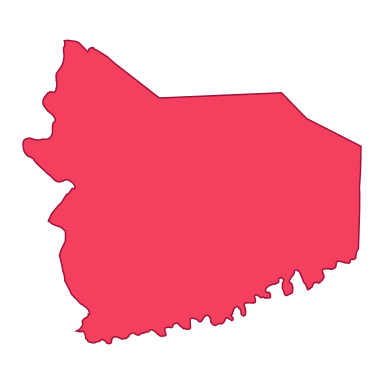 outline of Tataltepec de Valdés, Oaxaca, Mexico
{"feature_id": "50627088B54996200211421", "entity_name": "Tataltepec de Valdés", "entity_type": "district", "adm_level": 2, "iso_a3": "MEX", "parent_name": "Mexico", "parent_adm1": "Oaxaca", "projection": "robinson", "projection_center": [-97.541, 16.313], "detail": "fine", "context": "isolated", "style": "filled", "palette": "rose", "viewbox_px": 384, "rotation_deg": 0, "n_neighbors": 0, "source": "geoboundaries", "source_scale": "gbopen_adm2", "svg_char_len": 5884}
<svg xmlns="http://www.w3.org/2000/svg" viewBox="0 0 384 384"><path d="M355.9,257.4L355.8,256.0L356.5,251.9L358.4,248.8L359.6,209.4L359.7,193.0L359.4,188.3L360.5,171.0L361.0,146.3L306.5,118.5L281.5,92.8L159.3,98.0L115.2,63.7L110.7,59.9L107.2,56.7L98.3,51.1L95.1,49.4L94.4,49.3L93.4,47.7L92.0,47.7L90.3,48.1L89.1,48.9L88.5,50.7L87.7,51.8L78.8,42.6L76.0,41.4L68.1,40.4L67.2,40.3L64.3,40.8L64.7,42.3L64.8,43.5L64.7,45.5L64.4,46.8L63.8,47.1L63.6,48.3L63.6,49.1L63.5,49.7L63.5,50.4L64.1,54.9L64.0,57.2L63.3,61.6L62.8,62.8L62.4,64.3L61.3,66.7L56.6,73.3L56.3,74.0L56.4,74.7L56.0,75.4L56.3,79.3L56.2,80.6L56.8,82.5L56.9,84.6L56.7,87.1L56.4,87.4L56.4,87.8L56.0,88.7L56.2,90.0L55.7,90.4L55.2,91.5L54.2,92.2L53.1,92.4L52.1,91.9L50.9,91.8L49.6,91.9L49.4,92.3L48.6,92.9L47.8,93.0L47.4,93.8L46.9,94.2L44.2,97.5L43.3,99.6L42.9,101.9L43.0,103.7L43.8,105.6L45.5,108.1L48.2,111.4L52.0,114.2L53.4,115.8L54.9,118.3L55.2,119.4L55.2,121.0L53.1,123.1L52.8,124.9L52.4,125.8L52.6,126.8L52.4,127.7L52.6,131.2L52.2,133.8L50.8,136.9L49.0,138.4L47.6,139.1L45.9,139.3L42.9,139.1L38.7,140.1L35.7,139.9L34.4,139.4L32.1,138.8L30.7,138.3L29.1,138.1L25.8,139.0L24.7,139.6L23.9,140.6L23.3,141.8L23.0,144.3L23.3,147.6L23.8,150.1L24.6,152.2L25.8,154.0L28.1,156.3L30.1,156.9L32.8,158.5L33.7,159.3L34.6,160.9L36.8,163.5L40.5,167.1L44.8,170.9L46.6,172.9L50.7,176.1L53.8,179.3L56.0,181.1L58.9,182.0L62.8,181.2L65.6,179.8L67.4,179.7L69.6,180.7L71.2,181.9L72.9,183.0L74.2,184.8L75.0,186.6L74.9,187.7L74.4,188.8L73.2,188.6L72.6,188.3L71.7,188.9L70.9,190.7L69.9,191.7L69.1,193.1L67.5,194.2L66.6,194.4L63.6,199.1L63.2,200.0L60.4,204.0L59.7,204.2L57.4,206.7L51.6,213.8L48.3,220.9L49.4,221.8L53.1,224.4L61.2,227.4L65.3,231.1L65.5,235.7L65.4,240.9L60.9,250.5L59.5,255.3L61.7,264.3L62.7,270.2L64.4,275.8L64.8,280.8L66.8,284.4L71.7,294.4L75.1,298.1L76.9,299.2L77.1,299.8L77.8,300.7L80.0,303.1L80.9,303.9L81.5,304.3L82.3,304.4L83.0,305.2L86.8,308.0L88.3,309.8L89.1,311.4L89.5,312.7L89.2,314.2L88.9,314.4L88.3,314.1L88.3,315.5L88.1,315.9L86.9,317.2L84.4,318.6L82.5,320.5L82.2,321.9L82.8,323.9L82.8,324.7L81.7,326.6L80.1,328.8L79.2,329.6L76.5,331.0L79.3,331.7L81.0,331.8L82.0,331.3L83.0,331.4L84.0,331.8L85.3,334.9L85.8,338.5L86.7,339.1L88.0,341.3L89.6,342.1L92.1,342.8L94.9,342.8L96.7,341.8L98.7,341.6L100.0,340.9L101.7,339.4L102.4,339.4L103.6,340.3L105.6,341.1L106.5,342.9L108.0,343.5L109.8,343.7L111.4,342.6L111.6,340.4L112.1,338.5L112.7,337.8L113.4,337.4L115.5,336.6L119.7,338.0L120.6,338.7L121.9,339.0L124.1,338.6L126.1,338.5L128.8,336.2L129.3,335.0L130.3,334.0L131.9,333.3L133.4,332.7L135.4,334.2L137.1,335.0L139.3,335.0L141.0,333.4L142.2,333.4L144.0,333.0L145.9,332.2L148.2,331.8L149.1,331.2L150.2,329.8L152.3,329.9L153.9,330.8L155.3,331.7L157.9,334.4L160.2,336.0L161.2,336.2L163.0,336.0L164.2,336.0L165.2,335.7L166.0,335.1L165.8,333.3L165.1,331.7L164.9,330.4L164.8,329.3L164.9,328.1L167.4,327.4L168.8,327.2L171.0,327.7L172.5,326.9L173.2,324.8L174.5,323.6L175.8,323.1L177.3,323.2L178.4,324.0L179.2,325.1L180.1,326.0L180.7,326.3L183.5,328.7L185.1,328.6L186.7,329.3L188.6,329.2L190.4,328.4L190.5,327.3L190.4,323.6L190.1,322.1L190.1,320.0L190.6,318.9L191.6,318.2L193.3,318.2L194.7,318.8L196.4,319.2L197.6,320.0L198.5,321.3L199.8,321.7L201.1,321.6L202.9,319.1L203.5,317.7L204.6,316.6L206.0,315.6L207.4,315.4L208.7,316.0L209.6,316.8L210.0,318.1L210.5,318.9L210.8,321.8L212.2,323.9L214.0,325.3L215.2,325.5L216.1,325.2L217.4,324.2L218.5,323.8L219.6,323.7L221.5,323.9L223.1,323.0L224.0,322.0L226.2,317.5L229.6,319.1L230.8,320.1L231.7,320.4L232.7,320.1L233.0,319.2L233.0,317.8L232.7,317.3L231.3,316.2L231.0,315.0L231.7,314.3L232.5,314.1L232.6,312.2L233.1,311.7L233.4,309.8L234.4,308.3L235.6,307.2L237.1,306.4L238.3,307.2L238.9,308.2L239.7,308.7L240.5,310.2L241.2,311.8L241.0,313.4L241.6,314.7L242.4,315.4L243.5,316.0L244.7,315.4L245.3,314.9L245.6,313.0L245.6,310.5L245.1,307.9L244.1,305.0L244.2,304.3L245.1,303.1L245.8,303.0L248.0,302.8L249.8,302.8L253.5,303.1L255.3,302.3L255.4,299.2L254.5,297.0L254.6,296.0L255.2,295.2L255.9,294.9L257.0,295.0L257.7,295.6L258.7,295.9L259.9,297.1L261.0,297.6L262.1,297.3L263.4,297.3L265.0,298.1L269.6,297.8L270.3,297.5L270.5,296.1L270.5,295.2L270.2,294.0L269.7,293.5L269.6,292.6L268.9,292.2L268.0,292.3L267.5,292.7L266.7,292.4L265.8,291.3L265.4,290.4L265.8,289.4L266.0,288.4L267.2,287.1L269.5,285.5L272.0,284.7L272.8,284.2L273.6,284.0L274.6,284.3L275.4,283.9L276.2,283.8L276.9,283.0L278.0,282.7L278.5,282.3L278.9,281.3L278.6,280.7L278.6,279.6L278.8,278.8L279.6,278.2L281.5,277.6L282.1,278.0L282.4,278.7L283.3,278.9L283.8,279.4L283.9,280.2L282.6,283.0L282.3,285.5L282.6,286.4L282.3,287.7L282.5,288.5L284.1,292.4L284.6,294.5L285.2,294.9L285.8,295.5L287.2,295.4L292.3,292.8L292.3,291.8L292.7,290.9L292.6,289.9L292.8,287.7L292.3,285.5L291.7,284.7L291.7,283.8L291.3,283.1L290.1,283.0L289.4,282.4L289.5,280.9L289.8,279.9L290.4,278.9L290.8,277.8L293.4,274.7L293.8,273.9L294.2,272.8L294.6,270.8L295.0,270.2L295.6,269.9L297.1,270.1L297.8,271.0L298.9,271.1L299.5,271.7L300.1,273.6L300.7,274.4L301.6,276.6L301.7,277.4L302.3,277.9L302.8,280.0L303.8,282.3L304.6,283.5L305.3,283.9L306.2,285.4L306.4,286.6L307.0,287.6L307.3,289.1L307.9,289.7L308.8,289.5L310.4,288.4L311.0,287.6L311.6,287.4L312.4,286.4L312.7,284.8L313.4,283.8L313.8,283.0L314.2,282.8L315.0,282.8L316.0,282.2L317.5,282.8L318.7,283.1L319.8,282.7L319.8,281.9L321.1,281.2L322.3,280.0L323.9,277.7L324.0,276.3L323.6,275.2L323.4,273.7L322.9,273.2L322.6,272.5L322.4,271.3L322.4,270.2L323.2,269.1L324.9,269.0L326.2,268.6L327.6,268.8L328.2,268.6L329.0,268.7L329.5,269.2L331.2,269.3L332.9,269.0L333.9,268.5L335.2,267.5L335.8,266.8L335.8,266.2L336.1,265.0L336.1,263.6L336.5,262.7L336.9,261.8L338.2,261.1L339.4,261.2L341.5,261.8L342.4,261.9L345.1,262.9L346.1,262.6L346.8,262.9L348.6,263.2L349.4,263.0L349.9,262.4L350.2,261.0L350.6,259.9L351.4,259.3L352.2,259.2L353.5,259.5L354.2,259.3L355.3,258.4L355.9,257.4Z" fill="#f43f5e" stroke="#9f1239" stroke-width="1.5"/></svg>